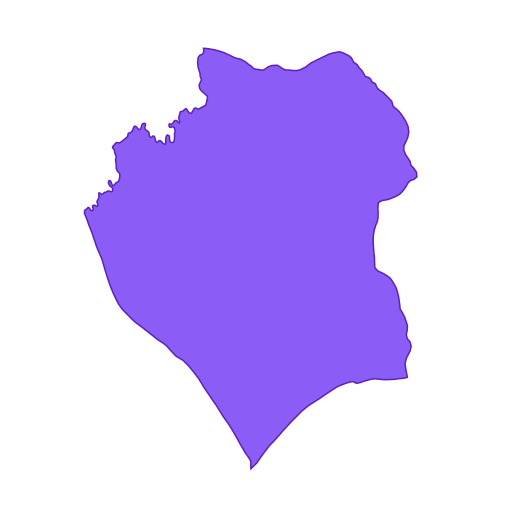 Yi-Ngo, Narathiwat, Thailand, rotated 175°
{"feature_id": "78962969B66673313723424", "entity_name": "Yi-Ngo", "entity_type": "district", "adm_level": 2, "iso_a3": "THA", "parent_name": "Thailand", "parent_adm1": "Narathiwat", "projection": "equal_earth", "projection_center": [101.729, 6.424], "detail": "fine", "context": "isolated", "style": "filled", "palette": "violet", "viewbox_px": 512, "rotation_deg": 175, "n_neighbors": 0, "source": "geoboundaries", "source_scale": "gbopen_adm2", "svg_char_len": 6131}
<svg xmlns="http://www.w3.org/2000/svg" viewBox="0 0 512 512"><g transform="rotate(175 256 256)"><path d="M115.8,121.9L116.2,126.5L116.7,131.0L116.9,135.9L115.0,141.2L110.7,148.1L109.3,152.8L110.1,157.1L112.5,160.4L113.1,164.8L111.9,168.6L111.2,173.2L112.3,178.5L113.4,182.5L115.2,186.9L117.0,190.6L117.1,196.8L117.5,202.9L118.3,208.2L119.2,212.2L121.9,218.2L124.1,222.0L126.8,224.6L130.0,227.0L132.9,228.8L136.2,230.7L138.6,234.0L138.4,239.2L138.1,244.4L138.3,249.4L138.2,253.8L138.1,258.7L137.7,263.4L137.0,267.6L135.7,272.0L134.1,276.1L132.1,279.8L131.1,283.8L130.5,289.3L130.5,292.4L129.4,298.6L125.6,300.3L120.7,300.6L117.1,301.4L114.0,302.4L110.0,303.8L106.4,305.8L103.0,309.1L100.5,312.1L98.3,315.5L95.5,317.7L91.9,318.6L88.9,320.7L88.8,325.4L91.0,329.5L93.7,332.8L94.3,336.9L96.2,340.5L98.1,343.8L99.6,348.6L99.0,352.9L96.6,357.0L94.5,360.9L93.0,366.0L93.2,371.7L95.1,377.2L96.8,380.7L98.9,384.4L101.1,387.8L103.6,390.5L106.3,393.0L107.3,398.3L114.9,407.7L118.2,410.2L120.6,412.7L122.0,416.9L123.4,418.3L124.8,418.6L125.8,420.7L126.6,422.5L128.2,424.0L130.2,424.8L131.7,425.5L133.4,429.8L134.9,432.2L136.8,434.4L138.3,437.4L139.9,439.0L141.9,440.6L143.7,445.1L145.6,447.1L152.0,451.1L155.4,452.2L162.0,451.5L166.1,450.6L179.2,445.6L184.8,443.3L190.5,439.7L196.1,437.6L199.4,437.2L202.7,437.5L207.8,438.5L210.6,438.8L213.6,440.7L215.9,442.6L218.4,444.2L223.5,444.4L227.6,443.3L229.7,441.9L231.6,441.0L233.7,440.5L237.6,441.7L239.9,442.0L242.2,443.1L244.2,445.6L246.1,447.0L249.6,450.4L253.8,453.2L259.5,455.2L270.0,461.3L275.4,463.6L279.5,465.1L284.1,466.3L288.5,467.3L290.2,467.5L290.1,465.4L290.4,464.0L290.8,463.0L291.3,462.2L292.0,461.6L292.6,461.3L293.2,461.2L294.0,461.2L294.5,460.9L296.1,459.0L296.4,458.6L296.5,458.1L296.7,456.5L297.3,454.1L297.3,453.1L297.2,450.5L297.2,448.9L297.1,447.7L296.7,446.3L296.3,444.8L295.9,443.2L295.9,441.9L295.9,439.6L295.7,438.7L295.1,437.0L295.0,436.1L295.1,435.8L295.7,435.0L297.5,431.8L297.7,431.1L297.8,430.4L297.7,429.3L297.5,428.1L297.1,427.1L296.6,426.2L296.0,425.3L290.8,419.7L290.6,419.3L290.5,418.8L290.7,417.5L292.3,412.3L292.5,411.6L292.9,410.9L293.3,410.5L299.6,407.7L300.3,407.5L301.1,407.5L301.5,407.6L302.5,408.4L303.0,408.7L303.6,408.7L304.1,408.6L304.7,408.4L307.6,404.2L308.1,403.9L308.7,403.9L309.5,404.1L310.2,404.6L310.8,405.5L312.2,408.3L312.7,408.7L313.0,408.9L313.6,408.7L316.6,406.5L317.1,406.4L317.8,406.5L318.4,406.5L318.9,406.2L320.5,401.9L320.8,400.7L320.9,399.5L320.4,396.5L320.5,395.9L320.8,395.5L321.1,395.4L321.5,395.6L322.0,396.1L323.0,397.6L323.7,398.0L324.3,398.1L325.3,397.8L325.9,397.3L326.5,396.5L326.9,396.0L328.2,394.8L328.6,394.6L329.2,394.7L329.8,395.0L330.3,395.2L330.9,395.0L331.2,394.5L331.3,393.9L331.3,392.9L331.1,392.4L330.8,391.9L330.3,391.6L329.8,391.6L328.4,392.0L327.9,392.0L327.0,391.6L326.3,391.1L326.2,390.7L326.1,390.0L326.0,389.1L325.7,388.5L325.6,387.8L325.7,387.1L326.0,386.5L326.3,386.0L326.5,385.2L326.6,384.1L326.8,381.6L327.0,379.9L327.4,378.5L327.7,377.6L328.3,376.6L328.8,376.4L329.5,376.3L330.4,376.5L331.0,376.8L331.5,377.4L331.8,378.2L331.9,379.0L331.9,380.4L331.8,381.8L331.9,382.8L332.2,383.4L332.8,383.9L333.3,384.1L333.8,384.2L334.4,383.8L334.8,383.3L335.5,381.5L335.8,380.2L335.9,378.7L336.0,376.9L336.1,376.0L336.5,375.5L337.0,375.4L337.6,375.5L338.3,375.9L339.5,377.2L340.9,379.0L341.5,379.4L342.0,379.4L342.7,379.2L344.0,378.0L344.5,377.8L345.0,378.0L345.6,378.7L346.0,379.8L346.3,380.9L346.4,382.8L346.7,383.5L347.0,384.2L347.6,384.4L348.6,384.4L349.2,383.6L349.6,383.3L350.1,383.3L350.9,383.7L351.5,384.4L351.7,385.3L351.9,388.3L352.2,388.9L352.6,389.4L354.9,391.4L355.4,392.3L355.6,393.1L355.4,394.3L354.6,396.2L354.6,397.3L355.5,397.9L357.2,397.8L358.0,397.1L359.8,392.7L360.3,392.3L361.0,392.2L361.7,392.3L364.4,395.5L365.1,395.9L365.9,395.7L366.4,395.3L368.4,391.4L369.3,390.5L370.7,389.7L371.7,389.7L372.7,389.0L373.1,387.8L373.3,386.7L373.5,386.2L373.8,385.9L381.0,381.0L382.1,380.6L382.9,380.6L384.9,381.2L385.6,381.0L389.2,377.5L389.4,377.0L389.4,376.2L388.2,374.6L388.0,374.0L387.4,369.8L386.9,368.4L386.6,367.3L386.6,366.8L387.5,364.5L387.6,363.9L387.3,359.8L387.6,355.3L386.7,352.5L385.8,351.7L385.1,350.6L384.7,349.8L384.6,348.8L384.9,346.4L385.4,344.4L386.4,342.4L388.1,341.5L389.1,341.1L391.1,339.0L392.1,338.5L392.7,338.7L393.1,339.5L393.9,342.2L394.5,343.5L395.2,343.9L395.8,343.9L396.4,343.1L396.5,342.6L396.6,341.2L395.6,338.6L394.1,337.4L393.4,336.5L392.9,335.2L393.0,334.2L393.4,333.2L393.9,332.8L394.8,332.7L395.7,333.0L396.7,333.6L397.9,333.6L400.6,332.4L401.0,332.6L401.4,332.6L403.3,331.1L403.6,330.9L404.0,330.9L404.4,330.9L406.4,332.5L407.0,332.5L407.1,331.9L407.4,328.4L407.6,327.5L407.8,327.1L409.5,324.5L409.7,324.1L409.7,323.4L409.1,320.9L409.2,320.1L409.5,319.6L409.9,319.4L410.5,319.4L411.9,320.5L412.2,320.6L413.0,320.7L413.6,320.6L414.1,320.4L414.4,320.0L414.6,319.4L414.5,318.9L414.1,317.8L414.2,316.9L414.3,316.6L414.5,316.0L414.9,315.7L415.3,315.5L416.0,315.5L416.5,315.9L416.7,316.1L417.4,317.5L417.8,318.2L418.5,318.8L418.9,319.0L419.1,318.9L419.3,318.8L420.5,317.6L421.8,317.1L422.2,316.8L422.5,316.6L422.7,316.0L423.1,314.6L423.2,313.7L421.3,307.4L419.5,300.3L418.7,297.9L417.4,293.5L414.2,280.1L413.1,276.3L411.3,270.9L409.7,266.0L407.5,254.8L406.2,248.8L404.9,243.2L403.0,236.2L401.3,231.0L399.2,225.2L397.1,220.1L394.3,215.3L392.0,212.3L385.1,203.9L381.8,200.3L377.3,196.4L360.9,181.0L357.0,178.0L353.2,174.7L349.8,170.1L347.1,166.5L344.3,163.1L337.8,158.4L335.2,155.4L332.2,151.6L329.8,148.2L327.0,143.9L324.0,139.1L321.9,135.0L319.4,129.9L316.7,125.0L313.5,119.4L312.0,116.4L310.5,114.0L308.6,110.7L303.2,100.0L300.6,95.3L298.3,91.5L295.9,87.0L291.8,78.4L287.8,69.3L285.7,64.9L283.6,60.4L281.4,56.8L279.1,52.2L279.6,44.5L273.3,49.7L268.4,55.6L265.0,59.5L259.0,66.0L253.4,70.9L250.1,74.0L243.7,80.2L239.8,83.7L235.5,87.7L231.4,91.1L224.0,97.4L217.0,102.2L213.3,104.2L205.4,108.3L198.9,112.0L191.9,115.8L187.6,118.1L184.2,119.5L177.9,121.3L174.2,122.1L170.4,122.5L167.0,120.4L162.9,120.9L159.3,121.9L152.2,123.2L148.1,123.3L140.4,121.8L136.5,121.4L129.0,121.1L124.8,121.3L120.3,121.3L115.8,121.9Z" fill="#8b5cf6" stroke="#5b21b6" stroke-width="1.5"/></g></svg>